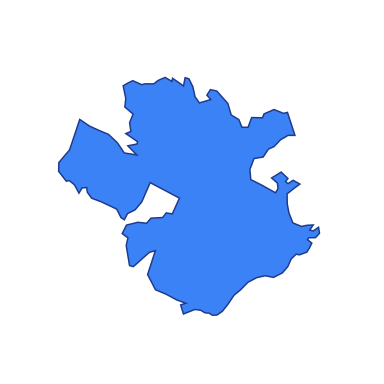 Kasan, Kashkadarya, Uzbekistan, rotated 296°
{"feature_id": "79887680B27619716135754", "entity_name": "Kasan", "entity_type": "district", "adm_level": 2, "iso_a3": "UZB", "parent_name": "Uzbekistan", "parent_adm1": "Kashkadarya", "projection": "albers", "projection_center": [65.779, 39.126], "detail": "fine", "context": "isolated", "style": "filled", "palette": "blue", "viewbox_px": 384, "rotation_deg": 296, "n_neighbors": 0, "source": "geoboundaries", "source_scale": "gbopen_adm2", "svg_char_len": 1887}
<svg xmlns="http://www.w3.org/2000/svg" viewBox="0 0 384 384"><g transform="rotate(296 192 192)"><path d="M125.6,278.6L135.5,281.9L143.5,287.8L148.8,294.5L151.0,302.7L158.9,308.7L166.9,310.8L175.4,310.5L181.8,312.9L182.6,316.1L188.3,321.6L193.2,322.1L198.6,322.1L199.8,316.7L202.1,317.1L205.1,323.0L210.8,324.7L215.8,321.2L210.1,318.0L209.4,314.5L215.5,315.4L212.5,309.9L209.1,305.6L208.4,296.2L215.8,288.2L223.1,282.8L232.0,278.3L239.6,281.9L246.4,285.5L246.9,277.8L241.6,274.6L242.4,271.5L246.2,272.3L249.0,263.4L239.5,257.4L237.5,264.8L232.8,267.8L227.9,267.4L228.8,250.6L228.9,239.4L237.8,234.1L249.3,233.1L254.6,240.6L264.1,241.9L268.7,245.8L277.8,248.7L285.0,253.5L288.0,259.7L305.4,242.9L302.8,239.8L302.1,229.6L293.8,222.5L289.6,222.8L285.1,213.0L274.7,214.0L272.1,208.5L277.6,202.4L278.4,193.5L287.3,185.4L293.6,170.0L292.1,163.7L285.6,162.9L283.3,168.3L275.3,159.6L278.9,153.0L287.0,146.6L292.4,139.6L291.7,135.7L283.6,137.9L285.7,124.7L282.6,125.5L283.2,117.6L277.5,112.7L272.4,110.2L268.7,102.5L266.4,99.7L266.1,90.0L262.1,86.8L257.3,83.6L247.0,91.5L238.9,94.4L236.2,104.9L227.0,105.5L219.6,110.5L215.5,106.9L213.4,120.9L211.1,121.6L205.4,114.1L201.1,126.1L197.4,114.0L203.6,103.2L207.2,91.6L206.6,81.9L206.3,71.0L208.0,59.3L176.2,63.5L160.1,59.4L152.1,63.1L146.6,74.3L148.5,76.7L146.9,83.3L141.4,90.9L147.5,91.4L149.8,95.4L145.9,98.0L142.4,104.6L143.4,114.7L143.6,131.8L137.8,139.5L137.4,143.4L144.3,143.5L151.1,148.7L161.0,151.2L182.1,150.3L181.0,183.4L163.7,183.9L161.9,178.0L156.2,176.8L150.5,166.6L144.0,164.9L141.1,156.7L133.5,147.6L124.0,147.5L122.7,154.5L115.1,156.3L98.5,168.1L99.2,172.0L119.0,180.1L123.2,184.8L98.3,188.3L88.1,202.1L88.8,213.4L88.3,225.5L89.3,235.2L85.5,231.3L78.6,237.8L87.7,246.1L89.5,251.6L89.1,256.6L90.6,260.5L90.2,264.4L92.4,268.4L98.1,271.6L107.3,273.6L117.6,275.0L125.6,278.6Z" fill="#3b82f6" stroke="#1e3a8a" stroke-width="1.5"/></g></svg>